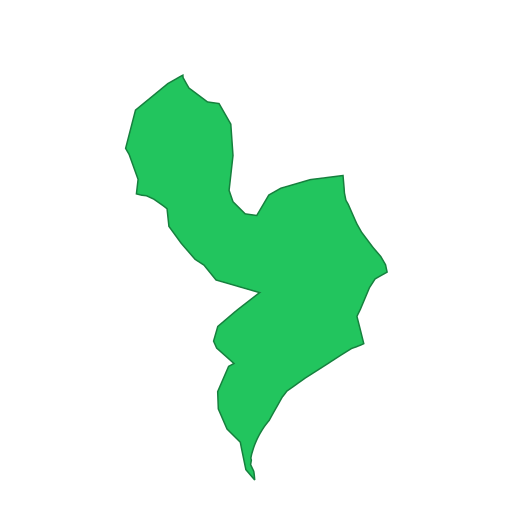 El Mansora 1, Ad Daqahliyah, Egypt (Robinson projection), rotated 150°
{"feature_id": "37247803B85247487045844", "entity_name": "El Mansora 1", "entity_type": "district", "adm_level": 2, "iso_a3": "EGY", "parent_name": "Egypt", "parent_adm1": "Ad Daqahliyah", "projection": "robinson", "projection_center": [31.384, 31.029], "detail": "fine", "context": "isolated", "style": "filled", "palette": "green", "viewbox_px": 512, "rotation_deg": 150, "n_neighbors": 0, "source": "geoboundaries", "source_scale": "gbopen_adm2", "svg_char_len": 1774}
<svg xmlns="http://www.w3.org/2000/svg" viewBox="0 0 512 512"><g transform="rotate(150 256 256)"><path d="M369.1,62.6L369.0,62.9L368.0,65.0L367.1,67.0L366.2,69.1L365.9,69.9L365.6,70.7L365.3,74.2L365.0,78.0L362.1,81.5L362.0,81.8L361.5,83.6L361.4,83.8L361.2,83.9L359.9,85.4L358.5,86.9L357.0,88.3L355.5,89.7L354.0,91.1L352.5,92.4L350.9,93.7L349.3,94.9L347.7,96.1L346.0,97.3L344.3,98.4L342.6,99.5L340.9,100.5L339.1,101.5L337.3,102.5L335.5,103.4L333.7,104.3L331.8,105.1L330.0,105.8L328.1,106.6L327.4,106.8L326.7,107.1L323.9,108.8L318.1,112.3L317.9,112.4L312.1,115.8L306.2,119.3L303.3,121.0L303.0,121.0L302.7,121.1L296.7,123.6L285.6,124.6L282.9,124.9L279.3,125.2L274.5,125.7L247.1,126.9L244.0,127.1L238.1,127.4L232.2,127.7L226.3,127.9L220.4,128.1L219.3,128.1L217.1,127.7L214.7,127.2L212.3,126.9L209.9,126.5L207.4,126.3L206.8,126.2L206.5,126.2L202.7,139.4L198.8,153.2L198.4,153.5L198.0,153.8L191.9,157.9L191.8,158.0L191.7,158.1L173.5,171.9L164.3,176.6L159.7,176.6L150.5,176.5L149.2,180.6L148.2,183.6L148.2,193.1L150.4,204.9L152.7,223.9L152.6,233.3L152.2,237.5L150.3,254.6L150.3,259.3L147.9,266.4L145.6,271.1L140.4,282.2L170.8,295.0L200.6,302.3L214.4,302.4L235.1,290.7L244.3,297.9L248.8,314.5L246.5,326.3L225.7,354.5L211.9,382.8L211.8,406.5L221.0,413.7L230.1,435.0L230.1,439.8L230.0,446.9L228.9,449.2L232.3,449.3L246.1,449.4L287.4,442.6L303.6,426.1L315.1,414.4L315.1,407.3L319.8,381.3L328.5,369.6L324.6,365.8L320.8,363.0L316.1,356.4L311.3,346.1L309.4,341.4L316.6,325.2L314.4,304.3L310.4,283.5L305.6,274.1L302.6,255.2L271.2,222.5L271.3,222.5L296.0,219.1L302.0,218.2L324.3,214.1L335.3,203.5L336.1,195.9L328.8,173.9L334.9,174.1L357.0,157.7L365.1,142.4L367.6,120.6L366.8,117.6L362.7,102.6L364.6,97.1L371.6,76.0L369.1,62.6Z" fill="#22c55e" stroke="#15803d" stroke-width="1.5"/></g></svg>